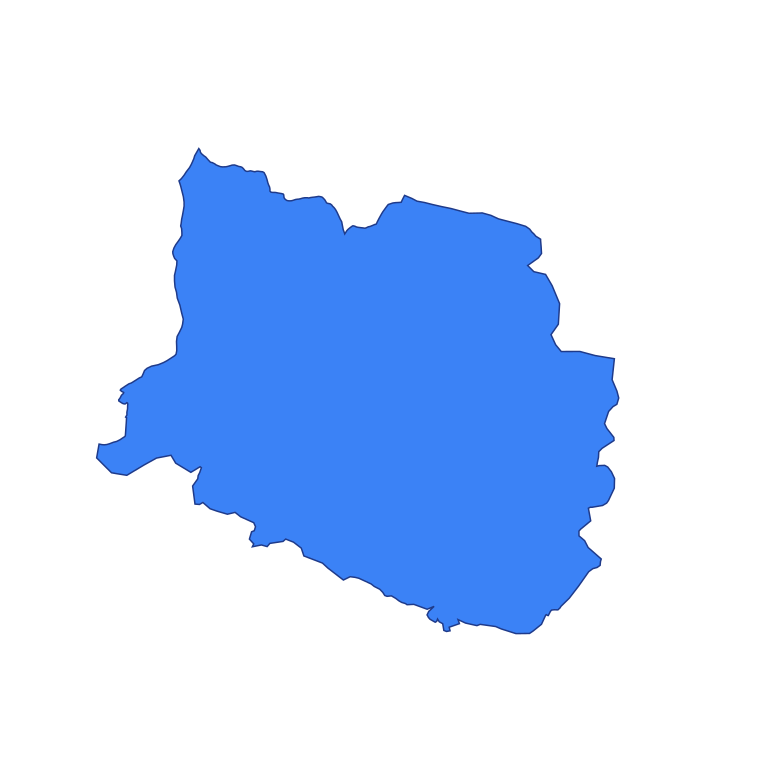 outline of Moneasa, Bihor, Romania, rotated 297°
{"feature_id": "2599482B38524178842533", "entity_name": "Moneasa", "entity_type": "district", "adm_level": 2, "iso_a3": "ROU", "parent_name": "Romania", "parent_adm1": "Bihor", "projection": "orthographic", "projection_center": [22.292, 46.464], "detail": "fine", "context": "isolated", "style": "filled", "palette": "blue", "viewbox_px": 768, "rotation_deg": 297, "n_neighbors": 0, "source": "geoboundaries", "source_scale": "gbopen_adm2", "svg_char_len": 5355}
<svg xmlns="http://www.w3.org/2000/svg" viewBox="0 0 768 768"><g transform="rotate(297 384 384)"><path d="M588.8,438.6L587.6,431.9L587.2,429.6L583.6,413.3L583.1,410.9L582.8,402.7L581.9,398.3L581.0,393.8L580.0,392.1L574.7,382.2L572.7,373.1L570.8,364.1L568.2,354.7L566.0,346.0L564.1,337.7L561.9,330.4L562.0,324.6L561.4,316.7L556.9,316.7L553.7,316.8L552.6,315.0L550.8,311.9L549.3,309.7L547.5,307.9L545.9,306.3L544.6,306.0L541.6,305.5L539.6,305.2L537.1,304.8L534.7,304.6L531.9,304.5L529.0,304.4L525.7,304.4L523.7,304.5L522.6,304.3L522.0,303.4L520.3,302.0L518.1,300.1L516.9,298.6L515.3,297.4L514.2,296.4L513.6,294.6L512.6,291.9L511.8,289.7L511.4,288.1L511.4,286.7L511.1,285.1L510.6,284.2L508.7,283.2L507.2,282.5L505.3,281.7L503.8,281.3L499.9,280.9L500.8,280.0L503.0,277.6L506.2,275.1L507.6,274.0L509.3,272.7L511.2,269.9L515.7,264.2L517.5,261.5L518.5,259.4L519.1,257.4L519.8,256.1L520.1,254.3L519.7,252.8L519.3,251.4L519.4,250.4L520.0,249.6L520.5,248.8L521.2,247.7L521.8,246.1L522.3,244.6L522.4,243.7L522.0,242.1L521.5,240.6L520.0,238.6L519.0,237.2L518.1,235.8L516.8,233.9L515.6,232.6L515.2,231.2L514.0,228.9L512.7,227.1L511.2,225.5L510.1,224.2L509.3,222.9L508.3,221.5L507.0,220.2L505.9,219.1L505.1,218.1L504.3,216.7L503.8,215.6L503.4,213.9L503.9,211.6L504.6,210.4L505.6,209.7L507.1,208.7L507.5,208.0L507.2,206.4L506.6,204.5L506.0,202.6L505.5,200.6L504.9,199.3L504.1,197.7L503.6,196.2L504.1,194.8L505.9,193.9L507.6,192.6L509.0,190.8L510.6,189.1L513.0,187.0L515.6,184.4L517.9,181.2L518.0,179.5L517.3,177.7L516.4,175.1L515.7,173.9L514.5,172.6L514.1,171.4L513.6,169.2L513.2,168.0L512.2,166.9L511.2,165.4L511.0,164.4L511.1,163.0L512.1,160.9L512.6,159.1L512.5,157.7L511.9,155.8L511.6,153.1L511.3,151.4L510.1,149.3L508.9,148.1L506.8,145.8L505.7,144.4L504.1,141.5L503.4,139.5L503.1,136.7L503.0,134.8L503.3,133.4L503.3,130.5L502.8,128.7L503.9,125.5L504.6,123.8L505.3,122.1L505.6,119.8L506.3,117.0L506.4,116.7L506.9,115.7L507.3,115.1L508.7,114.0L509.3,112.9L509.7,112.1L503.5,111.8L501.4,111.7L498.2,112.3L495.6,112.4L495.3,112.5L493.9,112.5L492.3,112.6L488.6,112.5L483.3,111.5L479.3,111.1L474.9,110.2L471.9,109.1L470.1,111.0L467.8,113.2L459.8,120.2L455.3,123.3L453.5,124.2L451.8,125.1L447.1,126.6L442.0,128.1L439.0,128.9L434.9,130.4L432.5,131.1L430.6,133.1L427.3,135.1L424.6,136.5L421.1,136.3L417.4,135.8L413.7,135.2L409.8,135.1L406.0,135.7L404.2,136.8L402.4,138.6L400.8,140.5L399.7,143.6L395.9,145.3L389.4,147.1L385.7,148.0L380.8,150.5L375.5,153.8L371.5,157.5L366.7,160.8L361.6,166.3L355.5,171.4L350.7,175.7L345.8,177.4L342.6,178.1L337.2,178.2L332.4,178.1L327.7,179.8L323.4,182.2L319.6,184.2L316.1,185.2L314.1,184.6L306.3,180.1L303.7,178.3L303.0,177.8L298.7,174.1L294.4,168.8L290.5,165.8L287.4,164.5L283.7,164.8L280.4,164.9L278.3,163.2L275.2,161.4L270.2,158.4L268.3,156.6L264.0,154.1L263.0,153.6L260.0,151.9L258.8,151.8L258.6,152.5L258.4,153.1L258.3,153.4L258.3,154.7L258.3,155.9L257.3,156.1L255.9,155.6L254.8,155.2L251.7,155.2L249.5,154.8L248.5,155.4L248.2,157.8L248.0,159.8L248.3,161.6L249.0,162.7L250.6,163.3L250.6,164.1L249.7,164.9L248.3,165.4L245.4,166.8L242.2,167.7L239.7,169.0L238.3,168.9L237.2,168.8L237.1,169.4L237.1,169.9L231.9,172.2L231.4,172.4L220.8,176.9L219.6,177.0L217.2,175.6L214.5,174.1L211.5,171.9L209.3,169.4L206.2,166.6L204.3,164.6L202.7,162.2L202.2,160.8L201.9,160.2L201.6,159.0L201.1,157.4L187.7,161.5L181.2,181.5L182.6,186.1L185.9,196.3L202.8,206.9L214.7,214.9L223.8,226.6L218.9,234.3L217.6,252.0L226.8,257.7L226.5,259.3L221.4,260.0L219.0,260.0L218.0,260.0L215.0,261.1L206.2,259.8L191.2,270.1L192.9,274.3L196.2,276.4L193.9,285.7L194.9,293.0L196.9,303.6L202.0,309.6L200.6,316.5L201.3,330.9L198.5,334.3L194.4,335.0L192.2,333.1L184.7,334.5L182.4,340.5L179.2,340.6L184.9,347.8L186.1,353.7L190.2,354.7L197.9,365.5L201.2,366.8L202.0,375.2L200.2,384.8L194.4,390.7L195.7,402.7L196.5,410.5L194.5,417.6L190.9,436.8L196.9,441.3L198.6,446.0L199.5,449.8L200.0,463.4L199.2,467.2L199.2,473.4L197.8,477.5L195.9,480.7L196.2,483.1L198.6,486.8L198.3,491.9L197.6,495.5L197.4,498.8L198.1,502.8L197.8,504.7L201.2,510.6L201.7,514.7L202.9,524.7L208.6,529.6L202.9,527.6L201.8,527.1L197.8,527.2L197.2,528.2L196.2,529.5L195.3,531.7L195.1,535.0L195.0,537.8L196.4,538.7L198.9,538.4L197.2,541.2L197.1,545.1L191.6,549.2L191.9,552.1L194.1,554.9L196.9,552.5L204.7,560.0L207.7,556.9L208.0,565.2L210.9,576.5L213.5,578.8L218.6,593.6L219.0,599.7L221.5,614.9L227.8,626.9L231.6,629.0L241.4,633.4L251.5,633.0L252.2,633.4L252.0,634.6L252.3,635.5L256.9,635.5L258.6,635.9L260.1,638.1L261.7,641.5L264.5,642.5L266.2,642.6L277.2,646.3L292.1,649.1L309.7,651.6L314.3,653.9L317.3,657.2L320.5,658.9L324.1,657.5L326.7,657.0L331.0,640.1L335.5,633.9L337.2,626.7L341.4,624.5L343.9,625.1L355.9,630.3L366.1,622.5L367.9,623.8L368.6,625.3L375.0,633.9L378.9,636.4L382.0,636.9L395.7,636.5L404.5,632.3L409.0,626.5L411.6,621.0L411.7,617.6L409.0,612.8L407.3,610.9L408.4,610.6L410.7,609.8L416.0,608.4L421.2,606.1L425.7,607.5L438.1,614.6L440.8,613.0L445.5,602.9L448.8,598.5L461.5,596.6L467.8,598.3L471.6,600.7L478.1,599.5L483.4,594.8L491.4,585.3L511.1,577.8L505.2,559.2L501.9,543.7L493.4,527.2L496.9,519.1L503.8,510.4L516.4,512.2L535.3,504.0L547.9,489.2L555.0,478.2L552.1,466.5L554.8,458.2L566.5,464.3L571.8,465.1L578.1,461.4L582.8,458.5L584.1,457.8L584.3,456.0L584.6,452.2L585.7,449.6L585.8,449.4L586.5,446.8L588.1,443.5L588.3,442.4L588.8,438.6Z" fill="#3b82f6" stroke="#1e3a8a" stroke-width="1.5"/></g></svg>